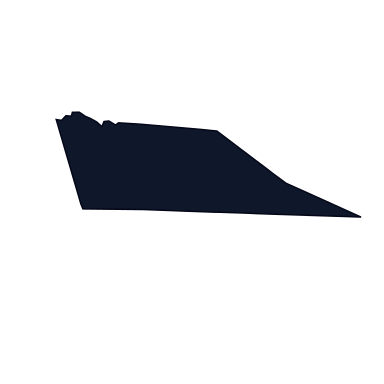 outline of Calçado, Pernambuco, Brazil, rotated 125°
{"feature_id": "56859067B28501117659936", "entity_name": "Calçado", "entity_type": "district", "adm_level": 2, "iso_a3": "BRA", "parent_name": "Brazil", "parent_adm1": "Pernambuco", "projection": "equal_earth", "projection_center": [-36.33, -8.734], "detail": "fine", "context": "isolated", "style": "filled", "palette": "ink", "viewbox_px": 384, "rotation_deg": 125, "n_neighbors": 0, "source": "geoboundaries", "source_scale": "gbopen_adm2", "svg_char_len": 670}
<svg xmlns="http://www.w3.org/2000/svg" viewBox="0 0 384 384"><g transform="rotate(125 192 192)"><path d="M210.5,344.8L265.5,276.2L268.4,271.7L240.9,231.5L234.0,221.4L216.5,194.3L212.8,188.5L196.0,162.6L192.3,157.1L177.7,134.7L173.1,127.4L161.6,109.7L147.4,88.0L144.7,83.8L123.7,51.7L115.6,39.2L125.2,90.1L130.9,119.9L130.5,136.3L130.0,146.3L129.6,158.8L129.3,166.0L128.9,177.7L127.8,206.6L130.5,211.4L135.4,220.2L143.8,234.7L166.0,273.1L177.5,291.9L181.0,293.1L181.5,300.8L184.7,304.5L190.1,303.3L189.3,310.3L190.0,317.2L191.2,322.9L191.3,330.1L195.3,335.7L199.1,334.3L201.8,339.0L208.2,340.0L210.5,344.8Z" fill="#0f172a" stroke="#020617" stroke-width="1.5"/></g></svg>